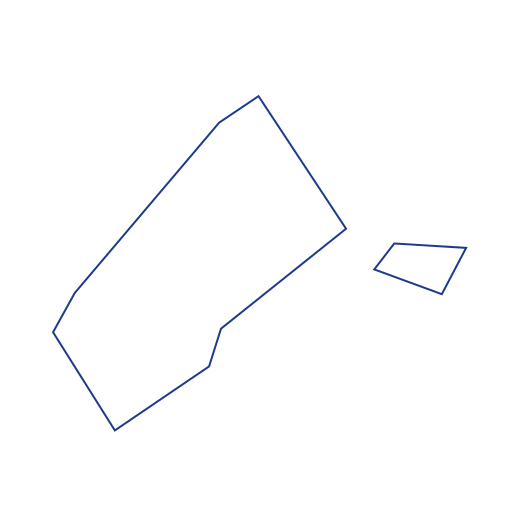 the border of Paget, rotated 174°
{"feature_id": "BMU-5138", "entity_name": "Paget", "entity_type": "state/province", "adm_level": 1, "iso_a3": "BMU", "parent_name": "Bermuda", "parent_adm1": "", "projection": "natural_earth1", "projection_center": [-64.789, 32.281], "detail": "fine", "context": "isolated", "style": "outline", "palette": "blue", "viewbox_px": 512, "rotation_deg": 174, "n_neighbors": 0, "source": "natural_earth", "source_scale": "10m", "svg_char_len": 331}
<svg xmlns="http://www.w3.org/2000/svg" viewBox="0 0 512 512"><g transform="rotate(174 256 256)"><path d="M163.6,273.7L298.4,187.4L314.2,151.1L414.6,97.3L465.8,201.4L440.1,238.2L278.7,392.5L236.8,414.7L163.6,273.7ZM75.2,198.6L139.8,230.3L117.2,254.0L46.2,242.1L75.2,198.6Z" fill="none" stroke="#1e3a8a" stroke-width="2"/></g></svg>